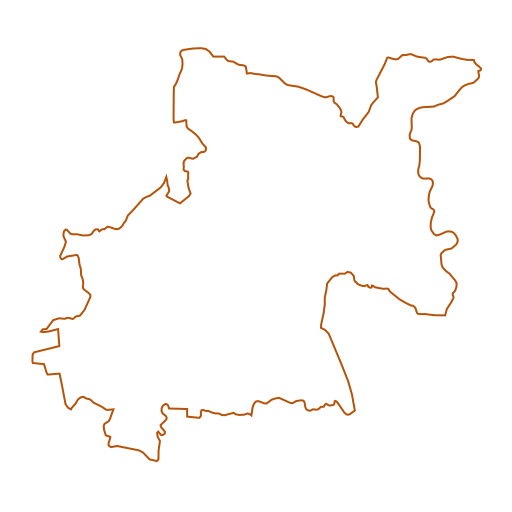 outline of Buon Ma Thuot, Đắk Lắk, Vietnam, rotated 181°
{"feature_id": "81297802B34862108658790", "entity_name": "Buon Ma Thuot", "entity_type": "district", "adm_level": 2, "iso_a3": "VNM", "parent_name": "Vietnam", "parent_adm1": "Đắk Lắk", "projection": "natural_earth1", "projection_center": [108.009, 12.661], "detail": "fine", "context": "isolated", "style": "outline", "palette": "amber", "viewbox_px": 512, "rotation_deg": 181, "n_neighbors": 0, "source": "geoboundaries", "source_scale": "gbopen_adm2", "svg_char_len": 5990}
<svg xmlns="http://www.w3.org/2000/svg" viewBox="0 0 512 512"><g transform="rotate(181 256 256)"><path d="M65.9,199.9L64.3,206.2L59.8,213.5L58.0,217.2L57.8,218.8L58.6,220.2L58.7,221.7L58.5,222.3L56.9,223.9L56.1,225.3L55.1,228.5L54.9,231.7L55.3,233.2L56.6,235.2L62.3,241.8L65.5,244.0L69.3,247.9L70.3,250.7L71.4,260.2L70.8,261.8L67.8,264.8L66.3,265.6L61.7,266.6L60.3,267.2L56.4,270.6L55.5,271.7L54.6,274.2L54.7,276.5L56.7,280.3L57.9,281.6L59.1,282.8L60.9,283.7L64.5,284.0L66.6,283.4L72.9,280.5L76.0,279.7L78.4,281.0L81.0,284.6L81.7,286.7L81.9,288.7L81.8,292.5L80.8,297.3L78.7,302.8L78.5,303.9L78.7,304.7L79.8,305.9L81.8,306.9L83.0,308.7L84.4,313.9L84.5,315.8L84.2,319.3L83.5,323.3L81.1,328.3L80.6,329.8L80.4,332.3L80.7,334.0L82.0,335.7L84.2,336.6L89.8,336.3L91.8,336.8L94.0,338.8L95.1,341.0L95.4,343.2L95.2,345.9L94.5,348.4L93.8,354.0L93.9,368.3L94.9,371.7L95.5,372.5L97.8,373.6L102.4,374.4L104.2,376.2L104.5,379.4L104.2,381.0L102.8,384.5L102.5,386.9L102.9,396.4L102.0,400.2L101.2,401.9L99.6,404.4L97.6,405.8L94.4,407.2L91.5,407.7L80.8,408.5L76.2,410.5L72.0,411.6L68.8,413.3L60.3,419.2L55.5,425.5L52.9,428.5L50.1,430.3L46.1,431.9L43.2,432.5L41.3,433.2L37.1,437.2L36.3,438.5L36.0,440.1L36.7,442.7L36.9,444.9L35.0,445.4L34.5,445.9L34.3,447.2L36.3,449.4L39.2,451.5L41.1,453.9L41.6,455.8L48.6,455.8L55.4,457.0L62.5,458.8L68.0,458.2L75.0,455.7L77.1,455.4L79.6,455.8L81.9,455.5L83.7,453.9L85.3,453.2L86.7,453.4L88.9,456.3L90.3,457.1L98.3,458.1L104.2,460.4L105.7,460.5L109.4,459.6L113.2,459.4L117.4,455.5L119.6,455.0L123.0,455.6L127.0,456.8L128.2,456.6L130.6,450.3L138.6,434.1L139.2,432.0L138.2,427.0L136.9,416.7L141.4,411.6L143.5,408.7L145.9,401.9L151.7,394.2L155.9,387.2L158.0,386.7L159.3,387.1L160.6,388.3L161.4,389.8L162.7,390.5L165.6,390.3L167.5,391.4L169.2,393.3L171.1,396.7L173.7,397.2L173.8,398.1L173.1,401.1L173.5,403.0L175.1,405.9L178.0,409.2L180.2,410.6L181.1,411.9L181.1,415.4L181.4,416.3L182.3,416.9L183.0,417.2L184.9,417.1L189.3,415.8L193.2,416.8L208.9,423.5L216.6,426.0L226.9,427.4L229.7,428.7L236.3,434.9L238.8,436.0L248.9,436.6L256.4,437.8L259.8,437.9L264.2,438.8L268.3,438.3L269.5,445.3L271.8,446.4L276.0,446.8L277.9,447.5L282.1,449.9L286.5,450.3L288.4,451.3L291.3,454.8L302.1,454.6L306.1,459.6L310.0,462.2L314.9,462.8L322.4,462.4L332.1,460.8L333.9,460.0L334.9,458.9L335.4,457.2L335.3,455.7L333.2,451.4L332.8,447.1L333.2,442.1L335.8,435.7L337.9,429.4L339.3,426.3L341.0,423.8L341.1,418.3L340.8,390.4L340.3,388.1L338.7,388.1L331.7,389.6L329.2,390.6L328.1,390.4L327.7,384.5L326.1,382.1L323.0,380.1L318.4,376.6L315.2,373.2L311.5,367.4L308.1,363.9L307.8,361.5L308.8,359.8L310.4,359.0L312.5,359.0L315.1,357.3L316.9,354.1L320.7,352.1L325.6,353.2L327.4,352.2L329.4,349.9L330.1,348.1L329.7,343.8L330.0,341.6L328.8,339.7L325.5,339.1L325.1,337.5L325.3,335.6L325.1,331.8L325.9,330.5L325.4,326.9L324.5,322.6L322.5,317.4L324.1,314.7L332.9,307.3L345.2,313.4L346.4,314.2L346.6,314.8L344.2,318.8L343.9,320.1L344.4,322.6L345.6,325.3L346.2,329.9L347.1,333.5L349.3,327.3L352.4,323.0L363.2,314.4L367.2,312.9L369.8,311.3L380.6,298.7L384.9,294.2L386.8,289.0L388.8,286.5L390.0,284.0L392.1,281.9L394.3,280.5L397.0,280.5L403.7,282.6L405.1,282.6L408.2,280.1L409.5,280.2L411.2,279.5L413.1,277.9L414.6,279.9L416.7,279.9L418.7,278.3L420.8,275.1L423.1,273.9L426.1,273.6L430.0,273.6L435.2,274.6L440.0,274.5L442.0,275.1L445.6,279.0L446.8,279.1L448.3,277.5L448.8,275.5L448.9,272.6L446.3,266.9L447.6,262.2L451.8,252.6L451.5,250.8L450.4,249.5L449.3,249.4L444.9,252.2L435.4,253.9L434.4,253.5L433.2,250.8L432.4,244.8L430.9,239.8L430.5,233.7L428.8,229.6L428.2,225.4L428.6,222.0L428.3,220.8L427.4,219.5L422.6,216.0L421.0,214.4L420.9,212.1L426.5,199.1L430.9,193.4L432.2,192.9L433.9,192.8L435.5,192.1L436.9,190.5L438.3,189.8L441.3,190.7L443.1,190.9L444.2,190.7L445.5,190.0L446.9,189.9L451.8,190.3L457.7,188.3L464.1,179.4L468.0,178.9L469.7,176.6L466.9,176.2L462.0,176.9L452.6,179.5L451.1,162.5L476.0,155.9L477.6,153.8L477.7,146.6L477.2,145.1L466.1,144.2L463.2,135.3L462.1,133.8L450.4,135.0L447.7,123.2L443.9,104.7L441.4,101.1L438.3,99.4L437.6,100.9L433.6,105.5L431.6,109.4L428.6,111.7L426.0,112.2L423.1,110.5L420.4,110.0L418.8,109.3L416.0,106.6L407.4,102.5L403.3,99.8L402.2,99.5L395.9,100.2L399.5,89.7L400.5,88.2L404.6,85.5L405.3,83.2L404.9,79.8L403.1,74.0L399.4,73.0L398.4,72.4L400.1,66.4L400.1,64.0L397.7,62.4L391.5,63.6L369.6,59.6L365.5,57.5L358.8,50.8L351.5,49.2L350.0,51.1L350.0,60.3L348.8,69.2L351.2,73.6L351.8,77.4L350.7,78.7L347.8,75.4L346.9,75.2L344.6,76.3L344.0,77.4L344.1,78.9L348.0,83.3L348.5,85.2L342.8,91.0L342.5,92.6L343.1,94.2L346.6,97.0L347.8,99.5L347.6,102.5L346.3,104.9L343.7,106.6L342.0,105.8L341.1,104.6L340.3,102.0L322.2,101.8L322.0,94.2L309.8,93.2L308.3,95.1L308.4,99.4L307.7,100.9L305.9,101.1L303.0,100.1L301.2,100.3L296.6,98.5L293.8,97.9L290.4,97.9L287.1,96.3L284.5,96.3L275.6,98.8L273.7,97.4L270.1,96.8L265.3,97.1L261.7,98.4L259.3,97.7L257.8,96.5L256.8,104.4L255.8,107.3L254.8,109.1L253.2,110.7L250.8,110.9L245.2,108.8L242.7,108.8L237.9,112.6L233.5,114.1L230.3,114.5L219.1,109.7L217.0,109.4L213.2,111.7L208.4,112.5L206.0,112.2L204.9,110.4L203.9,105.4L202.7,103.3L200.8,102.4L199.2,102.2L196.4,103.7L192.8,103.4L191.0,103.9L188.4,106.3L185.5,106.5L184.2,109.0L183.2,109.4L180.7,108.0L179.5,107.8L176.7,108.2L175.3,109.1L174.7,112.3L174.1,112.5L172.9,111.8L171.3,110.0L165.1,101.2L162.9,99.2L160.9,98.9L158.9,99.8L154.5,103.2L157.6,119.1L161.7,132.5L168.9,149.8L181.9,179.5L185.5,183.2L189.8,185.3L189.6,189.1L187.5,199.3L186.4,208.8L186.5,215.9L185.1,222.9L184.4,229.7L179.4,236.2L176.4,238.0L174.2,238.0L172.6,239.8L166.7,239.9L164.3,241.7L160.9,241.0L157.8,237.6L157.3,233.7L156.6,232.2L155.2,231.3L154.0,229.9L152.5,229.0L149.1,228.0L147.0,227.8L144.3,228.9L143.7,228.6L143.1,227.1L140.8,226.2L139.9,226.6L139.4,228.5L138.4,228.2L136.7,226.9L132.6,226.1L128.2,225.4L125.1,225.7L123.2,225.5L121.4,222.7L111.6,215.1L105.5,211.7L100.4,209.3L98.1,209.0L96.6,207.9L95.5,206.2L94.1,202.1L93.3,201.2L91.7,200.7L86.2,200.9L76.2,199.9L65.9,199.9Z" fill="none" stroke="#b45309" stroke-width="2"/></g></svg>